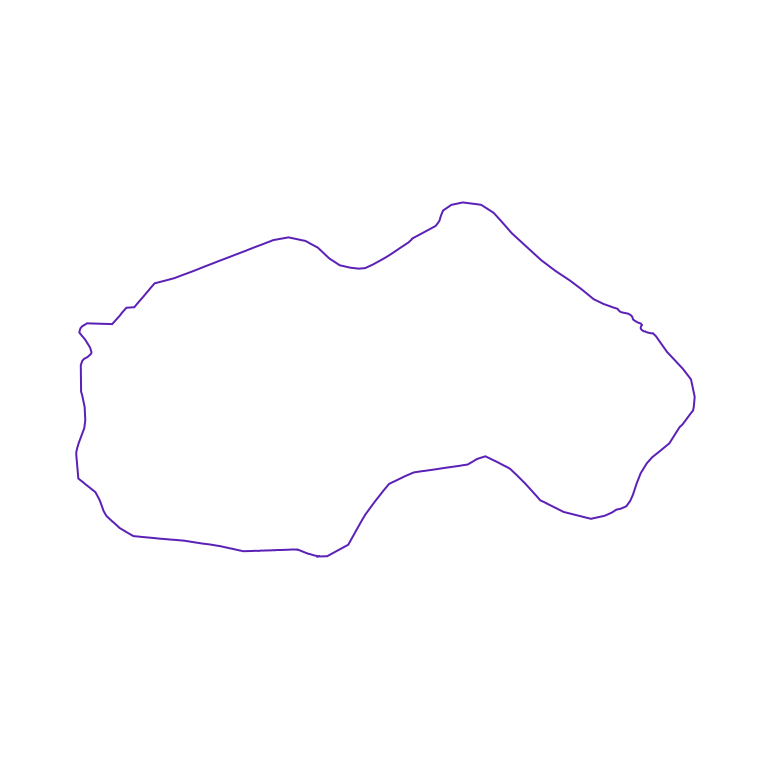 Gunung Mas, Kalimantan Tengah, Indonesia (Natural Earth projection), rotated 100°
{"feature_id": "22746128B12491014044373", "entity_name": "Gunung Mas", "entity_type": "district", "adm_level": 2, "iso_a3": "IDN", "parent_name": "Indonesia", "parent_adm1": "Kalimantan Tengah", "projection": "natural_earth1", "projection_center": [113.623, -0.987], "detail": "fine", "context": "isolated", "style": "outline", "palette": "violet", "viewbox_px": 768, "rotation_deg": 100, "n_neighbors": 0, "source": "geoboundaries", "source_scale": "gbopen_adm2", "svg_char_len": 4764}
<svg xmlns="http://www.w3.org/2000/svg" viewBox="0 0 768 768"><g transform="rotate(100 384 384)"><path d="M480.8,156.7L475.4,143.7L470.9,137.1L467.4,133.4L465.6,129.0L462.3,124.1L456.0,121.1L449.7,119.6L438.5,118.0L427.2,115.7L416.6,111.5L409.6,107.2L403.5,101.8L392.9,92.7L375.1,85.4L372.2,83.1L360.2,77.1L356.3,75.0L352.0,75.0L342.7,75.8L333.5,79.5L326.1,82.5L317.1,92.4L306.1,107.0L303.4,110.7L292.5,121.7L289.8,124.4L289.7,124.5L288.0,127.0L287.3,127.9L287.5,128.8L287.7,129.7L287.7,130.9L287.6,132.1L287.5,133.5L287.3,134.9L286.9,135.9L286.8,136.1L287.0,137.1L286.8,137.8L286.5,138.6L285.9,139.7L284.9,140.7L284.0,141.0L283.3,140.9L282.7,140.9L282.0,140.7L281.3,140.2L281.1,140.2L279.9,141.6L279.4,144.5L278.7,146.7L277.3,149.8L276.1,150.5L275.1,150.9L273.9,152.1L273.3,153.1L272.8,154.5L272.3,155.9L272.3,157.5L272.2,160.2L272.2,161.5L272.0,163.4L271.2,165.0L270.1,166.4L269.6,166.9L269.4,167.0L268.9,171.0L267.1,181.5L264.1,192.2L256.3,206.1L249.8,218.9L243.0,234.5L234.8,250.6L213.3,284.4L206.9,292.3L203.4,296.7L196.4,305.7L191.0,318.6L190.7,319.3L190.7,319.7L190.7,320.1L190.9,325.9L191.0,327.1L191.5,337.9L195.9,348.8L201.1,354.1L202.2,355.2L203.0,356.0L208.6,357.2L213.4,357.7L216.2,358.9L219.4,360.6L227.0,370.2L235.8,381.4L236.0,381.3L240.3,384.4L243.6,387.9L246.5,391.0L252.4,397.1L254.7,399.5L254.9,399.7L256.1,401.0L260.0,405.4L261.0,406.7L261.0,406.8L261.3,407.0L268.2,415.6L273.1,422.6L273.3,423.3L273.6,424.2L273.9,425.5L274.8,429.0L274.9,430.7L275.3,437.3L274.9,445.4L274.8,448.1L273.9,450.2L272.1,454.3L270.7,457.8L270.4,458.4L269.9,459.6L261.1,473.0L260.9,473.8L258.5,481.1L257.9,482.8L256.7,486.4L256.7,487.9L256.6,491.8L256.5,493.5L256.2,503.6L259.7,513.1L261.5,518.0L263.9,521.9L264.4,522.8L269.0,530.4L269.6,531.5L272.1,535.7L277.2,544.0L283.6,554.7L284.6,556.3L287.7,561.5L291.7,568.2L294.4,572.6L300.1,582.1L304.3,588.8L308.2,595.3L312.2,602.2L316.2,608.9L319.5,616.0L324.7,627.4L329.2,630.1L339.1,635.8L346.8,640.4L351.8,643.3L352.2,645.2L353.7,651.0L355.7,652.2L359.5,654.5L362.8,656.2L372.2,662.1L374.4,677.1L375.8,686.9L379.6,691.3L381.8,692.6L384.6,693.0L386.3,692.9L387.9,691.1L388.0,691.0L391.9,686.3L396.4,682.2L399.2,679.8L399.7,679.5L403.5,677.6L405.1,677.7L408.9,680.6L411.4,683.8L413.5,685.1L418.0,685.9L422.7,685.0L437.1,682.3L444.1,681.0L447.7,679.2L458.7,674.8L471.5,671.9L479.5,671.5L495.7,674.5L496.6,674.5L497.3,674.7L498.5,674.8L499.8,675.0L500.8,675.0L503.9,675.2L504.9,675.1L505.1,675.1L506.6,674.9L514.1,672.9L530.2,668.6L530.6,667.8L531.1,666.9L531.5,666.2L531.9,665.4L532.4,664.4L532.8,663.7L533.3,662.8L533.6,662.2L534.2,661.4L535.5,658.9L536.3,657.4L536.5,657.0L536.8,656.4L538.0,654.3L538.7,653.0L540.7,649.4L546.2,645.0L548.5,643.4L557.9,638.0L558.0,637.9L562.1,634.5L566.0,628.5L566.7,627.4L567.4,626.0L571.5,619.7L571.7,619.4L573.2,615.4L574.3,612.7L577.3,604.4L577.2,603.1L577.0,600.5L576.1,588.9L576.0,588.5L576.0,588.3L575.6,583.0L575.2,577.3L575.0,575.6L574.0,564.2L573.9,564.1L573.9,563.9L573.0,553.6L572.7,536.2L572.7,535.6L572.3,528.5L572.2,522.8L572.2,520.1L572.1,517.7L572.2,516.4L572.2,515.5L572.6,506.9L572.6,506.7L572.6,505.3L572.5,504.7L572.7,504.1L572.7,503.4L573.0,497.5L573.0,496.1L573.0,495.2L573.1,494.6L573.1,493.7L573.0,493.1L572.9,492.7L572.7,491.5L572.6,490.7L572.5,490.3L572.3,489.9L572.2,489.1L572.0,488.2L571.9,487.4L571.8,487.1L571.7,486.9L571.5,485.8L571.5,485.6L571.3,485.0L571.2,484.6L571.2,484.0L571.2,483.8L571.1,483.7L571.0,483.3L570.8,482.8L570.4,480.4L570.0,477.8L569.6,476.9L569.5,476.7L569.0,473.9L568.1,469.6L568.0,469.2L567.8,468.1L567.6,467.1L567.3,465.7L566.9,464.3L566.9,463.9L566.7,463.6L566.8,463.2L566.6,462.5L566.6,462.1L566.2,461.2L566.1,460.8L565.5,457.4L565.4,457.0L565.4,456.6L565.3,456.2L564.8,454.0L564.4,452.5L564.2,451.1L562.9,445.6L562.8,445.0L562.2,441.2L562.3,440.6L562.2,440.6L562.0,440.4L563.8,431.8L563.9,431.4L564.1,430.2L564.2,429.9L564.3,429.3L564.3,429.1L564.4,428.0L564.4,427.0L564.4,426.9L564.7,425.2L564.8,424.0L564.9,423.2L564.9,422.8L565.0,421.5L565.0,420.7L565.1,420.0L565.1,419.9L565.1,419.1L565.0,418.8L565.3,418.9L565.2,418.7L564.3,414.0L563.5,410.1L548.5,391.3L530.9,385.2L521.3,381.8L515.8,379.7L510.1,376.9L503.4,373.6L500.1,371.9L497.2,370.3L488.5,365.7L488.0,365.4L483.0,362.5L481.6,361.8L479.8,359.3L479.0,358.3L479.0,358.2L476.3,354.4L471.2,347.4L465.9,339.3L463.2,331.3L462.5,328.9L459.2,318.8L455.5,307.9L451.4,295.2L450.2,292.0L448.8,287.6L447.2,285.8L447.2,285.7L441.7,279.4L437.6,271.6L438.8,267.4L441.2,258.9L440.8,258.8L441.1,258.8L441.3,258.4L442.0,256.4L443.6,251.4L444.7,247.6L445.7,245.0L450.9,237.1L457.7,227.4L464.6,218.5L465.8,217.0L466.3,216.3L471.5,209.8L472.4,206.2L473.2,203.6L473.2,203.4L473.3,203.4L478.8,184.9L479.8,171.1L480.5,161.4L480.8,156.7Z" fill="none" stroke="#5b21b6" stroke-width="2"/></g></svg>